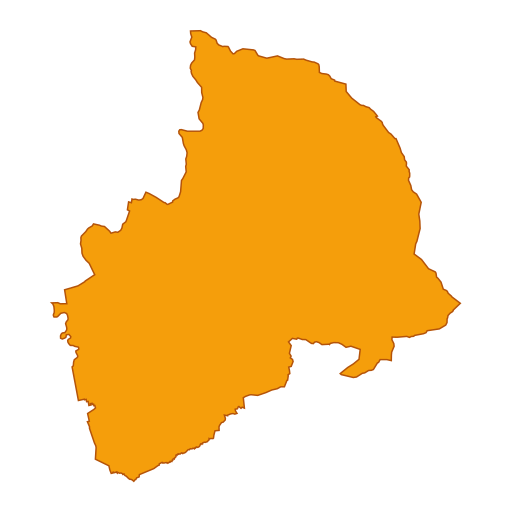 outline of Ditrau, Harghita, Romania
{"feature_id": "2599482B10116484891151", "entity_name": "Ditrau", "entity_type": "district", "adm_level": 2, "iso_a3": "ROU", "parent_name": "Romania", "parent_adm1": "Harghita", "projection": "orthographic", "projection_center": [25.527, 46.847], "detail": "fine", "context": "isolated", "style": "filled", "palette": "amber", "viewbox_px": 512, "rotation_deg": 0, "n_neighbors": 0, "source": "geoboundaries", "source_scale": "gbopen_adm2", "svg_char_len": 5961}
<svg xmlns="http://www.w3.org/2000/svg" viewBox="0 0 512 512"><path d="M406.8,336.4L409.5,337.4L411.2,336.5L413.7,336.3L414.6,335.4L423.5,333.7L426.0,332.7L427.2,330.7L439.3,328.9L445.7,325.1L447.0,322.6L447.1,318.8L447.6,317.9L448.0,315.5L450.2,313.1L452.4,311.7L453.2,310.7L453.1,310.2L460.3,303.3L451.9,296.9L451.4,296.1L448.2,293.3L447.3,291.3L446.2,290.4L443.3,289.2L441.0,282.1L437.9,278.2L436.6,277.2L436.0,273.2L435.4,272.0L428.5,268.7L421.5,259.5L414.1,254.0L415.7,243.9L416.9,241.3L420.1,228.6L419.8,221.0L418.8,214.1L421.2,202.3L416.6,194.1L413.2,191.8L411.6,189.7L410.8,185.5L408.5,180.3L408.7,177.9L409.6,177.0L409.7,176.0L409.7,173.2L409.1,171.3L409.2,169.8L406.3,166.1L406.5,163.1L406.3,162.0L404.6,159.8L404.2,156.6L401.4,152.6L400.1,148.2L396.0,138.6L394.9,138.6L391.0,134.1L388.6,132.5L383.4,125.6L382.6,124.2L382.2,122.5L381.4,121.4L376.3,117.6L375.8,116.7L377.4,116.1L373.6,111.4L370.6,109.2L369.1,107.6L365.9,106.7L363.4,105.4L361.7,105.4L360.0,104.7L351.7,98.1L346.2,91.5L345.9,84.1L334.8,81.1L334.6,80.1L331.2,78.7L329.7,76.0L328.3,74.7L326.5,74.1L321.7,73.5L319.4,72.4L319.2,66.7L318.8,64.7L318.0,63.8L314.2,62.1L312.1,61.9L305.9,60.1L303.7,59.1L296.7,59.3L294.1,58.8L286.6,59.1L284.2,58.6L277.5,55.9L266.8,58.2L258.4,55.8L257.7,55.0L255.0,50.5L253.5,49.9L242.9,48.8L236.7,51.3L234.7,53.3L233.9,53.8L233.0,53.8L230.5,51.1L228.5,47.1L227.9,46.5L224.0,46.3L222.8,46.6L218.7,44.9L217.1,43.2L216.1,40.1L215.4,39.2L211.5,37.3L206.3,32.8L202.6,31.8L200.5,30.7L190.5,31.0L190.7,33.7L191.8,37.1L190.0,41.9L190.5,43.7L192.2,46.3L195.8,46.9L195.6,49.8L194.6,53.1L194.8,57.1L194.5,59.9L191.7,63.0L190.6,65.2L190.3,67.6L190.3,68.4L191.4,70.4L191.1,71.4L191.5,73.4L192.9,76.4L195.8,79.9L197.4,82.5L201.6,87.3L201.7,92.6L202.9,97.4L202.6,99.6L201.2,102.6L199.3,110.1L198.0,112.4L199.1,118.8L202.9,123.4L203.3,125.0L203.2,128.5L201.9,130.3L199.9,131.2L187.4,131.2L181.3,129.6L179.7,129.8L178.8,131.2L179.0,133.5L182.3,137.4L183.4,143.6L184.1,145.7L186.3,149.8L187.1,152.8L186.7,156.3L185.8,159.0L186.3,164.2L185.7,166.4L186.2,171.9L182.8,178.6L181.5,180.4L180.6,191.7L179.0,196.8L177.9,197.9L175.1,199.1L172.8,200.8L172.6,202.1L167.9,204.4L167.2,204.4L165.0,202.6L164.1,202.6L156.2,197.4L149.1,193.5L145.9,192.2L143.0,198.5L141.3,199.7L138.8,200.1L135.5,199.2L133.0,199.4L132.0,199.0L131.4,202.7L128.6,201.9L127.4,209.8L129.6,211.0L126.4,220.4L125.8,221.8L122.7,224.2L121.9,228.1L120.7,230.3L117.8,232.3L115.3,231.9L111.0,233.2L109.6,231.2L104.5,226.5L101.5,226.1L99.4,225.2L93.5,223.9L92.3,225.9L88.7,228.0L87.5,229.1L85.8,231.6L81.4,236.1L80.9,237.7L81.0,240.5L80.5,243.9L81.8,248.3L82.0,253.2L83.1,256.3L86.1,260.4L89.2,263.3L94.7,274.7L85.1,281.1L84.8,281.7L77.9,285.9L64.6,289.8L66.8,303.7L60.4,303.8L57.8,302.7L51.7,302.9L52.9,304.0L53.9,306.5L54.3,310.4L54.2,312.6L53.4,314.6L53.4,315.6L54.0,317.0L56.8,317.0L57.7,316.5L60.8,313.3L64.3,312.5L66.6,313.5L67.5,315.3L68.1,318.3L67.9,319.8L66.3,321.8L65.6,323.6L66.6,327.1L66.8,328.7L66.6,330.1L64.9,332.6L62.3,333.0L61.2,334.1L60.5,335.9L60.6,338.2L62.3,339.0L64.9,338.0L66.0,337.1L66.3,334.8L68.9,334.4L70.8,336.6L70.5,338.0L68.3,339.4L67.7,340.4L67.9,342.1L68.7,343.6L70.3,345.4L73.1,345.5L74.9,346.4L78.1,347.0L78.7,347.8L78.7,349.3L75.8,351.0L76.0,352.5L77.6,355.5L77.7,356.8L77.1,357.6L74.3,359.7L73.6,362.1L73.3,365.8L72.1,366.9L78.4,400.5L84.3,399.2L84.5,399.8L86.2,399.4L86.6,401.7L88.2,401.5L88.9,405.5L90.9,405.0L90.5,403.6L92.1,403.3L92.4,404.5L93.6,404.2L93.9,405.7L94.8,405.5L95.5,407.9L93.9,409.4L87.6,413.5L89.3,421.2L87.4,421.7L89.5,426.7L89.5,428.4L94.5,443.1L95.8,445.8L96.1,447.7L95.4,459.2L108.9,465.8L109.8,469.8L111.2,473.4L113.3,472.9L113.4,472.6L112.9,472.6L112.9,472.3L113.3,472.1L114.6,472.7L116.0,472.1L117.2,473.0L117.2,472.1L119.4,473.2L121.0,473.0L122.7,473.8L122.8,474.4L124.0,474.0L124.1,474.6L125.2,475.7L126.2,476.1L128.6,478.5L129.8,479.3L130.9,479.3L132.3,480.0L133.8,481.3L135.2,479.6L135.8,479.5L136.6,477.9L139.1,476.9L139.4,474.6L153.8,468.6L157.9,465.6L159.2,465.1L159.3,463.8L161.6,462.6L162.3,462.9L162.4,462.5L163.8,463.1L166.2,462.5L167.2,463.2L167.6,462.7L168.3,463.0L169.5,462.0L169.9,462.3L170.2,462.1L170.3,461.4L171.9,461.5L172.3,460.1L172.8,460.2L173.1,459.0L173.9,458.7L174.3,459.0L174.6,458.3L174.3,458.2L176.0,456.7L175.9,455.2L176.7,454.8L177.1,455.1L177.4,454.3L178.2,453.9L178.9,454.8L178.7,453.9L180.2,454.0L181.4,452.9L182.6,453.5L182.7,453.1L184.0,453.1L185.5,452.4L188.2,449.6L189.5,449.7L190.2,448.7L192.0,448.9L193.0,448.2L193.6,448.5L194.3,448.2L194.6,448.7L195.4,447.6L195.7,447.9L196.5,447.0L197.8,447.4L199.5,446.4L200.5,444.1L200.9,444.4L201.3,443.8L201.7,443.9L202.4,443.2L202.6,443.5L202.7,443.0L203.5,442.5L204.6,442.2L205.2,442.4L207.5,441.6L208.2,440.5L208.9,440.1L209.1,438.5L209.8,438.9L210.7,438.5L213.0,438.6L213.5,438.1L213.9,435.1L215.0,430.8L219.1,430.4L219.0,426.8L219.6,425.3L221.5,422.6L223.2,422.1L225.2,420.0L225.4,418.5L224.4,415.1L227.4,415.7L227.3,415.3L230.7,413.9L233.0,413.5L234.8,414.1L237.0,413.4L235.5,411.0L235.2,409.2L237.4,408.8L238.2,406.9L238.9,406.5L241.0,408.3L242.1,407.2L244.4,408.1L243.3,397.7L245.5,396.4L249.6,394.9L251.1,394.7L257.7,395.4L265.9,392.6L271.8,390.0L277.3,388.7L280.7,386.8L284.4,386.8L286.9,380.4L287.6,380.2L288.2,376.1L288.1,374.7L289.8,373.6L289.4,370.1L288.7,367.1L291.2,366.4L293.1,361.5L292.5,359.4L290.3,357.9L291.1,356.1L289.4,353.3L291.2,345.6L288.5,341.9L292.4,338.4L296.7,339.2L297.3,338.2L298.0,338.0L302.3,339.5L305.8,339.6L311.4,343.4L313.4,343.6L314.5,342.2L316.4,341.7L319.1,342.6L321.9,344.6L329.2,344.2L329.5,344.5L330.3,343.4L333.8,342.6L338.4,342.7L341.9,344.3L346.0,347.3L350.9,346.2L360.2,349.4L359.0,359.3L353.4,363.9L347.7,367.5L340.2,373.6L341.3,374.6L353.3,377.5L356.5,377.0L362.3,373.3L364.7,372.9L368.6,370.5L371.4,370.3L373.4,369.5L377.5,362.8L378.5,362.5L380.1,359.6L386.9,359.6L391.3,360.6L391.4,355.0L391.7,352.0L394.1,346.3L393.8,343.6L391.9,339.7L392.1,337.1L397.3,337.2L406.8,336.4Z" fill="#f59e0b" stroke="#b45309" stroke-width="1.5"/></svg>